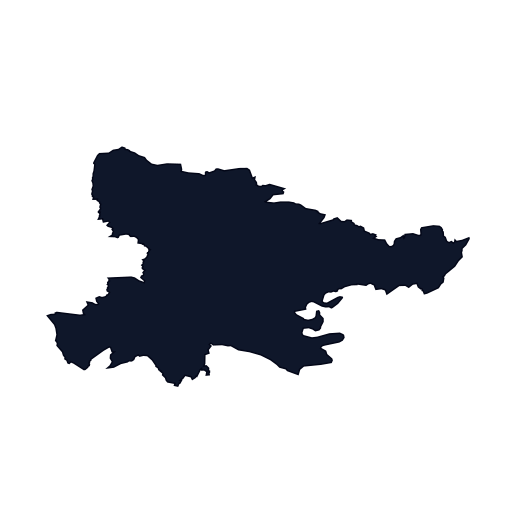 Skedsmo nor, Akershus, Norway (Robinson projection), rotated 354°
{"feature_id": "86288312B89021281635202", "entity_name": "Skedsmo nor", "entity_type": "district", "adm_level": 2, "iso_a3": "NOR", "parent_name": "Norway", "parent_adm1": "Akershus", "projection": "robinson", "projection_center": [11.011, 59.991], "detail": "fine", "context": "isolated", "style": "filled", "palette": "ink", "viewbox_px": 512, "rotation_deg": 354, "n_neighbors": 0, "source": "geoboundaries", "source_scale": "gbopen_adm2", "svg_char_len": 6116}
<svg xmlns="http://www.w3.org/2000/svg" viewBox="0 0 512 512"><g transform="rotate(354 256 256)"><path d="M285.5,378.2L287.5,373.3L291.9,370.3L309.3,370.4L319.7,369.7L320.8,367.7L320.5,366.2L316.0,361.4L315.3,357.9L310.6,354.6L311.0,353.2L312.7,352.0L315.1,351.6L329.7,350.1L333.0,348.7L334.9,346.3L334.7,344.0L334.2,343.4L331.2,341.6L320.9,341.2L308.6,343.3L303.0,343.4L294.9,340.3L293.8,339.1L293.5,337.0L295.4,332.7L301.0,332.7L304.8,334.4L307.3,336.5L310.9,336.0L312.5,334.4L312.8,332.9L315.8,328.3L316.1,325.2L313.0,321.2L313.3,318.9L312.6,317.1L310.6,317.4L309.5,322.2L308.4,323.7L305.5,325.0L301.1,325.5L296.7,324.1L296.6,323.2L290.0,318.8L288.4,316.5L288.6,315.0L299.8,314.0L299.7,312.1L301.5,309.1L303.8,307.5L306.4,306.9L308.6,307.5L316.4,312.6L319.9,313.8L323.5,314.0L325.5,315.4L326.5,315.1L332.3,311.6L337.5,306.5L337.4,306.0L335.2,305.4L333.1,305.8L321.7,310.5L318.5,309.8L317.1,308.4L317.1,307.4L319.4,301.9L321.1,300.2L324.3,299.1L326.8,299.6L329.4,298.9L331.7,299.7L333.3,299.2L333.5,298.1L334.9,297.1L337.3,297.4L340.9,295.7L348.1,294.5L353.4,294.9L353.6,294.3L362.4,296.6L364.4,295.4L367.0,294.9L371.0,297.5L370.9,298.5L371.8,301.7L377.3,301.5L380.7,303.0L381.3,303.8L382.2,307.5L395.3,300.2L401.6,300.7L404.6,303.0L408.8,300.3L413.2,300.0L414.2,303.7L416.5,305.9L417.4,305.8L417.9,306.7L417.7,307.7L418.7,308.1L419.5,311.1L422.2,310.7L434.0,306.6L436.8,303.1L439.3,301.5L440.4,297.7L439.7,296.2L441.2,295.4L442.5,293.5L452.5,286.9L456.7,281.8L460.9,278.4L460.6,273.9L461.4,272.1L461.6,270.0L465.7,266.8L469.7,261.1L469.6,260.2L462.7,262.1L456.8,262.6L455.6,261.0L455.1,262.8L453.7,263.9L451.8,262.1L449.7,262.9L448.0,262.2L447.0,261.0L446.1,257.2L444.5,255.9L444.6,251.6L443.7,250.5L444.1,249.4L443.1,247.2L441.4,245.7L435.5,244.6L423.7,245.3L422.6,246.9L422.5,251.2L421.9,252.7L419.6,252.6L414.4,250.3L406.5,250.2L405.4,253.6L404.8,253.9L404.5,251.3L401.7,252.9L397.2,253.6L395.3,255.9L394.7,258.7L393.7,260.0L391.6,260.9L389.4,260.6L387.1,257.4L385.6,253.6L379.4,252.7L374.8,250.7L377.5,249.1L376.4,248.3L377.2,247.5L374.5,246.2L371.9,246.6L370.9,245.1L366.3,242.6L365.9,239.4L363.0,237.4L361.4,237.8L359.5,236.3L357.0,235.5L356.8,233.9L354.3,232.0L354.5,230.7L350.2,229.8L347.7,231.2L344.2,230.6L340.8,226.6L337.3,227.3L336.4,228.2L323.6,230.6L322.4,230.3L327.6,224.9L328.9,222.3L324.3,220.8L321.7,218.7L322.1,218.1L319.8,216.8L310.3,214.1L305.8,210.0L304.0,209.0L300.8,208.5L299.1,207.2L294.4,205.9L285.8,205.0L279.4,205.3L271.5,203.6L270.8,203.0L275.9,200.4L279.4,196.8L289.4,196.8L290.1,195.3L288.9,194.1L289.1,192.8L291.1,192.0L277.0,186.3L272.8,187.2L270.1,186.6L268.7,187.5L265.3,186.9L265.0,186.0L263.6,185.4L264.1,183.8L264.0,182.8L262.4,180.1L263.2,177.5L260.5,178.3L258.4,170.0L256.2,168.1L248.6,167.4L233.3,168.0L227.3,165.5L225.5,165.4L223.7,167.2L219.0,168.3L217.8,168.5L216.6,167.3L215.1,167.1L214.4,168.1L214.6,169.3L214.0,170.6L211.7,170.5L208.0,168.3L197.4,166.4L190.3,164.0L191.0,162.1L190.5,157.0L177.2,155.2L167.4,155.7L161.6,153.8L157.0,149.3L155.4,146.5L149.7,144.0L146.1,140.9L141.1,138.7L141.2,138.1L139.5,136.9L137.1,136.4L136.8,135.0L134.1,133.8L130.5,135.7L125.1,136.0L120.5,138.4L111.0,137.9L109.0,139.5L104.5,146.3L104.4,147.0L105.4,147.8L103.8,154.7L102.7,157.1L102.4,159.8L101.6,161.2L101.7,162.4L100.8,164.0L101.5,166.2L101.5,169.4L99.9,172.7L100.3,174.3L99.3,177.0L99.3,177.9L100.0,178.6L99.6,179.6L100.7,180.4L99.9,182.5L104.3,182.9L103.9,184.1L106.0,185.6L106.0,186.8L107.0,188.2L105.9,191.1L106.4,191.8L106.3,193.0L103.8,195.7L104.0,196.3L105.6,196.2L105.0,197.6L105.2,198.8L104.5,199.7L104.8,200.0L103.1,202.9L107.3,202.9L107.8,206.2L113.1,205.7L114.0,207.4L111.1,209.9L112.0,210.9L115.8,212.5L116.5,213.7L115.7,214.5L116.9,216.8L115.8,218.3L115.3,220.2L113.0,221.3L117.9,222.0L120.2,223.2L121.0,222.9L122.2,220.9L128.9,220.5L132.3,221.2L132.3,222.2L133.4,223.4L137.0,223.6L139.2,225.0L140.9,227.3L140.1,230.7L144.9,231.9L144.6,232.4L145.9,232.7L146.2,234.2L147.7,234.6L149.9,237.1L150.4,237.7L150.2,238.3L151.0,238.5L150.5,238.8L150.8,239.4L150.0,239.8L149.4,241.3L148.5,241.4L148.2,242.2L149.0,243.2L147.7,244.9L147.9,245.4L145.0,247.5L143.0,247.9L144.1,249.3L143.1,250.4L143.2,251.9L141.5,253.2L142.6,254.6L141.6,256.0L141.9,256.8L144.1,258.5L141.9,260.7L142.5,262.0L141.9,263.6L140.1,264.0L139.3,265.4L142.8,269.1L141.9,270.9L136.9,268.5L132.9,265.2L129.6,264.0L106.8,262.6L107.6,263.8L107.2,264.9L107.7,265.5L105.8,266.7L105.8,268.3L105.3,268.8L106.1,269.3L106.0,271.0L105.1,271.9L105.4,272.7L104.3,273.6L104.4,275.1L106.6,276.8L106.3,277.4L104.7,279.2L103.7,279.2L103.1,280.3L101.3,281.0L98.4,281.3L95.9,280.2L92.5,281.3L92.9,284.4L94.5,286.9L93.6,287.8L91.0,287.5L88.2,285.5L83.1,284.1L84.1,287.4L78.1,291.7L78.4,294.9L79.4,296.4L74.8,296.6L51.9,291.3L50.4,291.8L50.6,292.6L49.7,293.0L45.9,292.8L42.3,293.6L48.6,303.1L49.6,307.1L49.9,313.5L47.9,319.3L48.8,320.2L49.4,322.3L48.8,324.2L53.6,331.1L54.2,334.5L55.8,337.2L55.2,338.3L57.1,339.9L57.8,342.7L59.0,343.3L60.8,341.8L63.5,343.3L73.1,351.0L74.2,350.9L76.9,349.1L77.9,347.6L78.6,347.6L79.1,346.2L78.6,345.0L79.4,344.2L79.4,343.1L80.7,342.5L81.1,341.3L94.4,333.7L100.7,330.9L102.0,332.1L102.9,336.2L105.0,336.6L101.1,339.2L100.5,342.4L102.2,346.2L99.4,350.0L96.8,351.8L102.9,351.6L110.3,348.7L117.1,347.8L118.5,346.9L121.4,347.3L123.5,346.2L125.0,343.5L128.5,342.1L129.8,343.4L133.6,342.9L137.7,343.7L142.1,348.6L145.2,354.4L145.0,355.3L147.1,357.0L147.5,359.0L149.4,360.4L149.0,360.6L151.3,363.0L150.7,364.5L153.3,367.6L153.8,370.2L155.0,372.0L162.2,374.2L161.4,376.1L164.6,377.2L166.1,374.6L167.0,374.5L168.7,372.1L167.6,371.8L170.3,370.1L172.9,367.2L178.8,369.3L179.8,372.0L182.7,370.6L183.9,369.2L184.5,369.6L188.6,363.2L190.1,362.2L190.0,363.7L192.7,363.9L195.1,366.0L194.1,369.2L197.0,369.2L196.9,367.5L197.5,367.0L197.7,365.6L196.7,365.2L197.1,362.6L195.1,360.1L192.5,359.9L193.7,357.7L194.8,348.7L199.0,347.7L198.5,344.3L201.8,340.8L200.3,339.1L201.4,338.1L202.3,338.1L204.3,339.9L213.1,340.5L218.7,342.3L221.7,342.4L228.8,347.4L239.7,350.4L250.6,354.8L259.7,360.6L265.6,366.0L268.0,369.0L274.0,371.3L275.3,373.2L285.5,378.2Z" fill="#0f172a" stroke="#020617" stroke-width="1.5"/></g></svg>